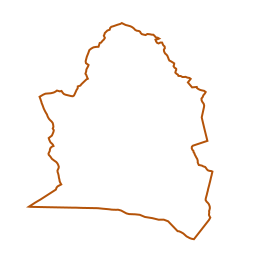 Paulo Afonso, Bahia, Brazil (Equal Earth projection), rotated 276°
{"feature_id": "56859067B73144667932966", "entity_name": "Paulo Afonso", "entity_type": "district", "adm_level": 2, "iso_a3": "BRA", "parent_name": "Brazil", "parent_adm1": "Bahia", "projection": "equal_earth", "projection_center": [-38.262, -9.532], "detail": "fine", "context": "isolated", "style": "outline", "palette": "amber", "viewbox_px": 256, "rotation_deg": 276, "n_neighbors": 0, "source": "geoboundaries", "source_scale": "gbopen_adm2", "svg_char_len": 3562}
<svg xmlns="http://www.w3.org/2000/svg" viewBox="0 0 256 256"><g transform="rotate(276 128 128)"><path d="M149.8,36.8L147.8,37.8L146.0,38.6L145.0,39.1L143.8,39.5L142.0,40.5L141.0,41.0L138.5,42.2L136.1,43.7L134.1,45.1L133.0,46.0L131.8,46.5L130.4,47.3L128.9,48.4L127.7,49.7L126.4,51.4L125.1,52.6L123.5,53.2L121.3,53.7L119.6,53.2L118.1,54.4L116.5,54.3L114.0,53.6L112.5,53.1L109.7,50.2L107.9,51.0L106.6,51.8L105.5,52.5L104.6,53.9L103.5,55.1L102.3,55.8L101.3,54.0L99.8,52.9L98.5,52.6L97.0,52.6L95.4,52.0L94.2,51.6L93.0,52.0L92.0,53.2L91.1,54.1L89.4,55.5L88.0,57.8L86.7,60.2L85.3,61.6L83.8,62.5L82.3,63.2L81.0,63.2L79.8,62.8L78.3,62.3L76.8,62.6L75.4,63.3L73.4,64.0L71.3,64.5L69.8,65.1L67.9,65.6L66.6,66.3L64.9,67.5L63.7,65.7L62.6,64.1L61.3,63.2L59.2,62.7L47.7,48.4L45.8,45.8L44.0,43.4L39.4,37.7L39.4,39.4L39.6,41.7L40.7,54.7L42.5,75.6L43.1,82.6L43.3,84.3L43.7,90.2L45.1,106.4L45.1,111.6L45.2,117.6L45.1,120.5L45.4,124.7L45.7,126.7L45.2,129.8L42.9,135.4L42.5,138.1L42.9,144.1L42.9,148.8L41.3,154.1L40.9,161.6L40.0,168.1L40.6,173.1L39.4,177.7L37.6,179.8L36.1,181.6L30.6,188.1L30.6,189.6L30.0,191.5L28.9,194.0L27.6,195.8L26.3,197.6L25.6,199.4L25.0,200.8L24.5,202.8L24.3,205.2L45.1,218.2L47.5,219.2L48.6,218.4L50.0,217.6L51.2,217.6L52.6,217.6L53.9,217.3L55.1,217.6L56.9,217.8L58.4,217.5L59.5,217.0L60.8,216.3L62.1,215.0L62.9,213.9L64.5,212.7L66.0,212.7L67.3,212.9L68.5,213.1L69.6,213.3L71.2,213.5L72.7,213.7L73.8,213.9L75.2,214.0L77.2,214.3L79.0,214.6L80.5,214.8L82.0,215.0L83.2,215.2L84.3,215.3L85.5,215.5L86.6,215.6L88.1,215.8L89.9,216.1L91.2,216.2L92.3,216.4L93.5,216.5L93.9,215.1L93.9,213.3L94.3,211.8L95.2,210.7L96.2,209.9L97.3,208.8L97.7,206.9L98.3,205.5L98.5,203.9L98.6,202.3L99.9,201.5L101.1,200.9L102.6,200.8L104.4,200.1L106.0,198.9L107.4,198.0L108.5,197.2L109.8,196.7L110.7,195.8L112.0,195.5L113.2,194.2L114.5,193.5L116.1,193.5L117.2,194.4L123.5,208.3L127.1,207.0L134.0,204.5L140.8,202.1L145.1,200.6L146.3,200.2L156.9,201.4L158.3,201.4L160.1,200.7L161.6,199.3L163.2,198.3L165.0,198.0L166.5,199.0L168.4,199.5L170.3,200.8L171.9,201.5L172.9,199.9L173.2,197.1L173.5,195.5L174.1,193.9L174.9,192.5L176.0,192.1L175.1,187.5L179.6,182.8L183.4,185.2L184.2,183.9L184.3,181.9L184.9,179.9L184.6,178.5L184.4,176.8L185.2,175.0L185.1,172.7L186.3,172.0L186.9,170.7L188.0,169.3L189.7,169.5L190.8,169.9L192.0,169.7L192.9,167.9L194.3,166.8L195.7,167.2L197.1,167.2L198.2,165.0L198.9,163.5L199.4,162.1L200.6,161.3L202.1,160.6L204.1,159.5L205.2,158.3L205.9,157.2L207.0,156.4L208.4,155.7L209.8,155.5L211.2,156.3L212.9,155.9L214.0,154.4L215.2,153.7L216.5,153.0L216.4,151.3L215.3,149.6L215.7,148.1L217.0,146.9L218.7,146.1L219.4,148.2L220.2,149.6L220.9,148.1L221.0,146.2L222.3,144.9L223.4,143.5L223.3,141.9L223.5,140.1L223.5,137.4L222.3,135.8L222.5,133.8L222.8,132.0L223.8,130.7L225.0,130.0L225.6,128.7L225.7,126.5L226.3,124.9L227.5,123.6L228.6,121.9L229.4,119.9L229.9,117.1L230.2,114.9L231.7,110.8L230.7,109.5L229.6,106.8L227.7,102.8L226.9,100.8L225.6,99.8L223.8,99.5L222.8,97.3L220.0,95.0L218.6,94.8L217.2,94.3L215.2,95.6L213.5,94.8L212.0,93.5L210.1,92.3L209.6,91.0L205.7,90.2L205.3,87.7L204.6,85.2L203.1,83.1L201.4,81.4L198.4,80.7L194.6,79.6L190.0,78.9L188.1,79.4L186.5,82.2L185.3,81.9L181.9,80.5L179.9,80.5L177.5,80.0L176.5,80.9L173.9,82.2L172.8,82.9L172.0,81.6L168.6,78.7L166.7,77.1L165.2,76.2L164.1,73.7L162.2,73.8L160.3,72.8L158.7,72.3L156.6,71.6L154.7,70.9L153.8,69.8L153.8,68.2L154.3,64.5L154.6,62.3L155.1,60.7L156.2,59.4L157.9,58.0L157.3,56.4L157.8,53.4L156.6,52.1L155.5,50.4L154.5,47.6L153.5,42.3L152.3,40.2L149.8,36.8Z" fill="none" stroke="#b45309" stroke-width="2"/></g></svg>